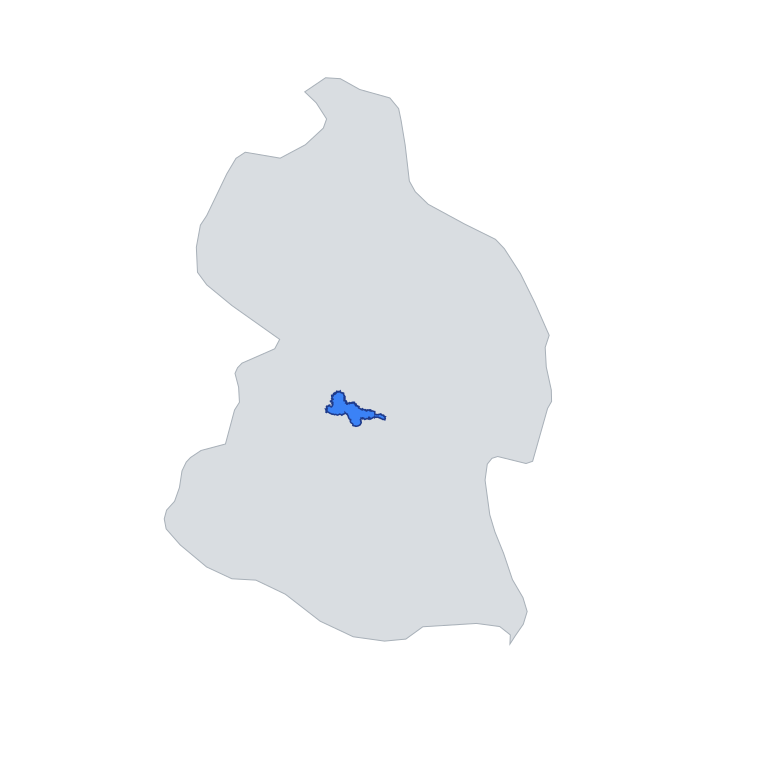 location of Nyarugenge, Kigali City, Rwanda, rotated 121°
{"feature_id": "39286606B91255837333217", "entity_name": "Nyarugenge", "entity_type": "district", "adm_level": 2, "iso_a3": "RWA", "parent_name": "Rwanda", "parent_adm1": "Kigali City", "projection": "robinson", "projection_center": [30.031, -1.971], "detail": "fine", "context": "in_parent", "style": "filled", "palette": "blue", "viewbox_px": 768, "rotation_deg": 121, "n_neighbors": 0, "source": "geoboundaries", "source_scale": "gbopen_adm2", "svg_char_len": 6737}
<svg xmlns="http://www.w3.org/2000/svg" viewBox="0 0 768 768"><g transform="rotate(121 384 384)"><path d="M312.6,231.4L320.7,231.2L373.7,216.8L379.0,221.3L387.6,249.2L392.1,253.2L399.5,254.2L414.3,247.9L441.6,226.0L453.6,212.8L467.6,194.2L485.5,173.2L495.5,154.9L505.3,144.1L518.1,140.9L532.2,141.8L542.1,142.1L534.0,146.5L532.3,159.9L541.6,181.4L572.1,225.7L591.4,233.9L604.1,251.1L616.5,280.2L620.2,316.6L615.0,360.3L618.1,392.8L629.3,414.1L632.2,441.8L626.9,475.8L620.4,496.1L612.8,502.9L604.1,505.4L592.4,503.1L578.1,506.0L562.5,512.4L552.8,513.3L546.7,512.0L535.2,506.6L517.1,489.0L483.3,498.7L474.1,498.5L461.7,506.9L451.6,517.2L445.5,517.9L439.3,516.5L410.1,495.8L399.5,496.4L395.1,554.7L390.3,587.0L384.3,601.4L363.4,615.3L342.4,623.2L331.0,622.7L284.8,627.0L266.8,627.1L256.8,622.3L243.9,589.3L219.4,574.6L195.9,567.8L186.4,569.7L177.9,586.9L174.4,602.4L151.6,591.8L144.8,578.7L144.1,556.6L135.8,526.3L140.4,513.3L149.4,505.0L168.2,489.0L197.0,466.8L203.1,456.2L207.2,438.6L205.4,397.6L202.6,362.9L206.0,350.6L219.1,323.9L236.7,296.5L257.2,267.5L269.6,264.7L285.8,253.7L303.0,237.5L312.6,231.4Z" fill="#d9dde1" stroke="#a8b0b8" stroke-width="1"/><path d="M435.6,389.3L435.3,388.1L435.1,387.8L434.9,387.3L435.0,387.3L434.9,386.6L434.7,386.2L434.1,385.5L433.1,384.5L432.3,384.0L431.3,383.6L431.2,383.4L430.9,383.4L430.0,383.6L429.1,383.5L428.8,383.6L428.1,384.7L427.7,384.8L427.6,384.7L427.4,385.0L427.2,385.0L426.9,385.8L426.4,385.7L426.0,385.8L425.5,385.7L425.0,386.0L425.0,385.7L425.2,385.4L425.0,385.1L425.0,384.6L424.8,384.6L424.5,384.8L424.5,385.1L424.1,385.1L424.0,384.8L424.1,384.6L424.0,384.1L423.7,383.8L423.8,383.6L424.2,383.4L424.1,383.2L424.3,382.2L423.7,381.9L423.5,381.5L423.2,381.4L422.9,381.2L422.6,381.1L422.4,380.6L422.1,380.3L422.2,379.7L422.1,379.2L421.9,379.1L421.6,379.2L420.6,379.8L420.4,379.6L420.2,379.8L420.1,379.7L420.1,379.0L420.3,378.6L420.9,378.4L421.2,378.5L421.5,377.9L421.2,377.7L420.7,377.4L420.6,377.5L420.5,377.2L420.3,377.0L420.0,377.0L419.4,376.5L419.0,376.5L418.7,376.3L418.6,376.2L418.4,376.2L418.0,375.7L417.7,375.6L417.6,375.1L417.4,375.1L417.5,375.0L417.4,375.0L417.4,374.9L417.1,374.7L417.1,374.4L417.0,374.2L416.8,374.2L416.6,373.6L416.4,373.6L416.0,372.7L415.7,372.5L415.5,372.2L415.5,371.9L415.4,371.8L415.4,371.5L415.5,371.2L415.4,371.1L415.2,370.7L415.4,370.3L415.1,369.9L415.2,369.7L415.1,369.1L415.2,368.8L415.1,368.7L415.1,368.4L415.0,368.1L415.0,367.1L414.9,366.9L415.0,366.8L414.8,366.4L414.5,366.2L414.4,365.5L414.1,365.4L414.0,365.2L414.1,364.9L413.6,365.0L412.9,365.1L412.7,365.6L411.7,366.0L411.8,366.2L411.8,366.8L411.6,367.0L411.5,366.9L411.6,367.4L411.3,367.7L411.5,367.9L411.2,368.2L411.4,368.4L411.3,368.7L411.1,368.7L411.2,369.0L411.6,369.4L411.7,370.2L411.8,370.3L411.6,370.5L411.7,370.9L411.7,371.1L411.3,371.4L411.4,371.5L411.5,371.4L411.8,371.7L412.8,372.9L413.3,373.0L413.3,373.3L413.5,373.5L413.8,374.1L413.8,374.5L414.0,374.6L414.3,374.7L414.4,375.3L414.7,375.9L414.6,376.0L414.8,376.1L413.9,376.8L413.2,377.2L413.1,377.3L412.8,377.4L412.4,377.7L412.7,378.3L413.0,380.0L413.2,380.3L413.5,380.5L413.9,381.1L413.8,381.5L413.2,381.7L413.1,381.8L413.1,382.1L413.9,382.2L414.2,382.3L414.1,382.6L413.9,382.7L413.5,382.8L413.8,383.5L414.4,383.8L414.6,384.1L414.7,384.4L414.6,384.6L414.7,384.9L415.2,385.3L415.4,385.3L415.4,384.7L415.6,384.8L415.8,385.0L415.8,385.7L416.2,385.2L416.3,385.3L416.1,386.1L416.1,386.5L415.6,386.7L415.6,386.8L416.3,387.3L416.3,388.2L416.4,388.5L416.7,389.3L416.6,389.5L416.3,389.7L416.3,389.9L416.9,390.0L417.1,389.5L417.3,389.2L417.5,389.3L417.5,389.5L417.4,390.0L417.6,390.6L417.4,391.1L417.5,391.6L417.4,392.1L417.6,393.4L416.8,393.8L416.6,393.9L416.3,393.7L416.2,393.9L416.8,394.7L416.8,395.0L416.4,394.8L416.3,395.1L416.6,396.2L417.1,396.8L417.2,397.2L417.1,397.4L416.5,397.6L415.8,397.3L415.6,397.3L415.5,397.6L415.6,398.0L416.1,398.3L416.2,398.5L415.5,399.5L414.9,399.8L414.9,400.0L415.1,400.2L415.3,400.2L415.7,399.8L416.0,399.8L415.7,400.7L415.4,400.9L415.5,401.2L415.9,401.1L416.2,401.4L416.9,401.4L417.0,401.7L416.5,401.8L416.5,402.1L417.5,402.4L417.6,402.7L417.4,403.0L417.5,403.2L418.0,403.3L417.8,403.9L417.8,404.0L418.8,403.9L418.7,404.2L418.5,404.4L418.8,404.7L419.2,405.5L419.8,405.1L420.1,405.0L420.4,405.2L420.5,405.4L419.9,406.6L420.0,407.1L419.8,407.1L419.6,406.8L419.2,407.0L418.7,406.9L418.6,407.6L418.3,407.3L418.1,407.4L417.9,408.3L417.9,408.6L418.7,409.0L418.9,409.7L418.1,409.9L418.0,410.1L417.2,410.6L417.3,409.8L416.8,409.9L416.4,410.3L416.3,410.2L416.0,410.2L415.7,410.9L415.6,411.5L415.3,411.4L414.9,411.1L414.8,411.3L414.7,411.6L414.3,412.0L414.3,412.7L413.7,413.1L413.5,413.5L413.3,414.1L413.1,414.0L412.8,413.8L412.6,414.0L413.0,414.9L413.1,415.5L413.5,415.8L413.6,416.1L413.5,416.4L413.2,416.8L413.2,417.0L413.5,417.0L413.5,417.3L413.3,417.6L412.6,418.0L412.8,418.1L413.2,418.2L413.6,417.9L413.9,419.3L414.4,419.0L414.6,419.2L414.6,419.4L414.4,419.9L414.5,420.1L415.1,420.0L415.3,420.4L415.1,420.8L415.6,420.7L415.7,420.4L415.9,420.4L416.4,420.7L416.6,421.3L416.9,421.1L416.9,420.4L417.5,420.5L418.0,421.5L417.7,422.1L418.2,422.3L418.4,422.2L418.6,421.9L418.6,421.6L418.7,421.4L419.2,421.9L419.8,422.2L420.1,422.1L420.2,421.5L420.4,421.4L420.7,421.7L420.7,422.1L420.6,422.8L420.7,423.0L421.7,422.3L422.3,421.7L422.7,420.9L422.9,420.9L423.2,421.3L423.5,421.3L423.5,421.1L423.2,420.7L423.2,420.3L423.2,419.9L423.4,419.7L424.8,420.5L425.5,420.6L426.3,421.1L426.6,420.8L426.7,420.4L426.6,420.2L425.8,420.4L425.7,420.1L425.9,419.7L426.5,419.1L426.2,418.7L426.1,418.4L426.8,418.0L427.0,418.0L427.8,418.5L427.9,418.3L427.5,417.6L427.7,417.4L428.3,417.1L429.5,417.3L430.0,417.0L430.9,417.4L430.9,418.7L430.5,419.4L430.0,419.6L430.1,419.8L430.4,420.2L432.0,420.4L432.1,420.6L432.2,421.4L432.5,421.7L433.0,421.7L433.5,420.9L434.0,421.0L434.2,420.9L434.5,420.5L434.4,420.0L434.5,419.8L435.3,419.9L435.2,420.5L435.4,420.9L435.6,421.2L435.8,420.8L435.9,420.6L435.7,419.7L436.1,419.2L436.3,419.3L436.7,419.9L437.1,419.5L438.0,419.3L438.0,418.6L437.4,418.5L436.9,417.9L436.9,417.2L436.8,416.4L436.9,416.2L436.9,415.1L436.7,414.2L436.7,413.0L436.6,412.7L436.1,412.4L435.9,411.7L435.9,410.7L435.2,410.1L434.9,409.6L434.8,409.4L434.9,409.1L434.6,407.8L433.6,407.0L433.3,406.9L432.7,406.6L432.3,404.9L432.4,404.4L432.5,404.1L431.5,403.6L431.2,403.7L430.8,403.4L430.7,403.1L430.1,402.8L429.7,402.4L429.1,402.3L428.6,402.6L428.8,402.0L428.8,401.2L429.1,400.6L428.9,400.2L428.7,399.9L429.1,399.6L429.5,399.1L429.6,398.6L430.0,398.2L430.5,397.8L430.6,397.4L431.0,397.1L431.6,396.2L431.8,395.8L431.9,394.8L431.7,394.6L431.6,394.3L431.9,394.0L432.8,393.9L432.9,394.0L433.1,393.9L433.1,393.7L433.7,393.3L434.2,392.3L434.2,390.7L434.4,390.1L435.1,389.4L435.6,389.3Z" fill="#3b82f6" stroke="#1e3a8a" stroke-width="1.5"/></g></svg>